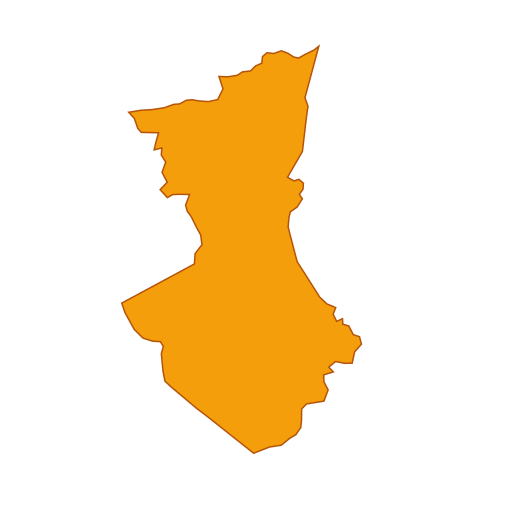 Vertentes, Pernambuco, Brazil, rotated 156°
{"feature_id": "56859067B5298585337072", "entity_name": "Vertentes", "entity_type": "district", "adm_level": 2, "iso_a3": "BRA", "parent_name": "Brazil", "parent_adm1": "Pernambuco", "projection": "mercator", "projection_center": [-35.993, -7.889], "detail": "fine", "context": "isolated", "style": "filled", "palette": "amber", "viewbox_px": 512, "rotation_deg": 156, "n_neighbors": 0, "source": "geoboundaries", "source_scale": "gbopen_adm2", "svg_char_len": 1566}
<svg xmlns="http://www.w3.org/2000/svg" viewBox="0 0 512 512"><g transform="rotate(156 256 256)"><path d="M232.5,118.7L234.8,124.9L226.2,127.2L218.7,121.9L211.7,119.0L204.9,128.3L195.5,132.6L194.3,140.2L199.1,144.5L199.7,154.4L204.4,158.3L202.5,163.5L208.9,163.5L209.2,171.4L204.2,176.4L210.8,183.5L214.5,192.4L219.4,225.4L220.7,234.1L216.0,263.0L214.8,269.5L210.1,278.0L206.7,282.3L198.5,284.0L190.4,289.4L191.3,294.7L185.9,297.9L183.1,303.2L185.6,308.6L190.7,309.1L195.2,315.1L171.1,332.6L161.0,349.6L157.1,356.2L153.2,362.7L147.6,371.7L146.9,380.7L113.3,422.1L119.0,420.6L129.0,420.2L136.6,419.5L140.8,422.6L144.2,428.0L149.4,433.2L157.3,433.7L163.2,437.2L168.9,435.6L172.3,429.8L179.2,429.8L185.7,427.3L193.5,429.7L199.7,428.7L209.0,431.2L216.8,435.1L218.2,422.1L227.4,414.5L236.7,416.4L245.3,421.0L250.7,424.7L256.4,426.6L263.9,426.0L269.5,428.0L279.3,428.7L291.3,432.0L301.5,435.8L313.8,439.1L311.2,431.1L312.1,420.7L310.5,415.6L294.9,408.2L301.2,400.6L305.9,394.4L298.1,393.0L301.5,386.7L300.3,378.5L307.8,370.6L307.1,359.5L316.6,355.6L313.2,345.4L307.1,346.0L300.6,343.4L291.7,339.2L299.7,331.0L300.6,324.7L299.2,318.5L298.7,306.6L298.0,297.6L300.8,288.3L310.7,282.9L315.5,273.8L397.8,267.6L398.7,257.6L397.1,238.4L392.6,226.9L385.3,220.4L378.2,216.6L377.4,211.2L382.2,205.3L387.8,188.6L390.1,178.7L387.2,171.8L372.1,140.7L366.5,130.6L338.4,76.8L321.4,76.0L309.9,72.9L299.5,75.7L292.2,76.6L284.9,81.1L281.5,86.9L276.5,97.7L270.0,100.3L253.0,95.8L244.6,104.3L245.1,113.4L242.5,119.9L232.5,118.7Z" fill="#f59e0b" stroke="#b45309" stroke-width="1.5"/></g></svg>